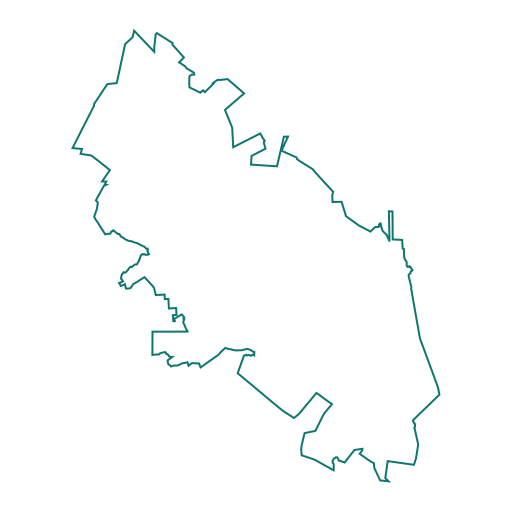 Santa Ana, Sonora, Mexico
{"feature_id": "50627088B25223131716378", "entity_name": "Santa Ana", "entity_type": "district", "adm_level": 2, "iso_a3": "MEX", "parent_name": "Mexico", "parent_adm1": "Sonora", "projection": "natural_earth1", "projection_center": [-111.087, 30.458], "detail": "fine", "context": "isolated", "style": "outline", "palette": "teal", "viewbox_px": 512, "rotation_deg": 0, "n_neighbors": 0, "source": "geoboundaries", "source_scale": "gbopen_adm2", "svg_char_len": 6038}
<svg xmlns="http://www.w3.org/2000/svg" viewBox="0 0 512 512"><path d="M416.0,458.4L418.2,444.5L415.2,431.0L415.0,430.2L414.8,429.3L414.8,429.2L414.5,429.0L414.5,428.5L414.3,427.8L414.4,427.6L414.7,427.4L414.9,427.0L415.0,426.7L414.9,426.1L415.0,425.5L415.0,425.3L414.9,425.2L415.0,424.9L414.9,424.8L414.9,424.4L415.0,424.1L414.6,423.9L414.2,423.5L414.3,423.1L413.8,422.5L413.7,422.1L413.3,421.5L413.0,420.8L413.1,420.4L413.0,420.2L439.4,394.7L438.0,387.4L420.7,340.4L419.8,337.7L411.1,288.3L411.4,287.4L408.7,276.3L408.6,275.1L408.7,274.9L409.2,274.2L409.6,273.9L410.5,273.2L410.6,271.9L410.9,271.5L411.2,271.2L412.2,270.5L412.5,270.0L411.5,268.8L411.0,268.1L410.8,267.8L410.6,267.1L410.1,267.2L409.3,266.2L408.3,266.9L408.0,267.0L407.8,267.0L406.9,266.1L406.7,265.2L406.6,264.0L406.7,262.7L406.7,262.1L406.5,261.7L406.1,261.0L405.6,260.3L405.1,259.7L404.7,258.8L404.6,258.0L404.1,256.9L403.9,249.0L402.7,248.7L402.1,239.9L392.7,239.4L392.5,211.5L388.9,211.3L389.5,241.5L388.9,239.9L388.7,239.3L388.8,239.1L388.8,238.9L388.2,238.6L387.9,238.2L387.8,237.1L387.5,236.7L387.2,236.4L387.2,236.2L387.2,235.7L387.0,235.2L386.5,234.9L385.8,233.8L385.2,233.5L384.1,232.5L383.3,231.5L382.8,231.0L382.5,230.6L381.7,228.2L380.6,223.4L379.9,223.7L379.1,224.4L378.9,225.0L378.9,225.5L379.2,226.5L378.6,226.9L377.9,227.0L375.6,227.0L374.6,227.5L371.4,230.6L370.9,231.2L370.5,231.6L358.9,225.5L346.0,216.2L341.6,201.8L332.5,202.0L332.3,194.8L333.2,191.8L331.9,190.5L315.1,172.2L312.9,169.3L299.0,160.6L297.0,159.1L296.6,157.5L281.5,150.7L288.0,136.6L283.9,136.7L277.0,166.3L251.0,164.6L251.6,155.9L265.5,148.7L263.8,142.6L264.0,141.7L264.2,141.2L264.7,140.9L263.2,138.6L262.6,137.9L261.5,135.6L260.3,133.8L260.2,133.5L233.2,147.2L232.2,127.7L225.0,109.9L244.1,93.4L227.6,79.1L219.7,80.0L218.6,79.8L217.5,79.9L212.9,83.1L213.5,83.6L204.9,92.2L204.7,92.2L203.3,90.3L200.5,92.1L200.7,92.3L200.3,92.7L197.4,91.3L195.6,90.3L193.4,89.3L189.5,87.4L189.2,83.7L189.4,76.4L191.3,74.7L194.3,74.6L193.9,72.7L186.5,68.3L185.3,66.4L179.1,62.4L183.9,57.5L172.4,44.6L172.6,43.1L156.8,33.1L155.7,34.3L154.3,46.7L154.2,51.8L134.1,30.7L132.6,37.2L125.1,44.2L116.9,82.4L116.6,83.1L107.3,84.1L94.1,104.0L94.0,105.8L75.8,141.6L72.6,148.1L82.0,149.0L80.6,153.8L91.5,155.6L100.8,162.8L109.9,170.1L102.1,181.4L106.3,181.6L104.8,184.5L106.2,184.8L103.9,185.8L95.9,200.4L97.8,202.4L97.4,205.8L96.8,209.2L95.0,214.2L94.2,217.0L96.0,220.1L97.9,222.7L100.6,227.1L105.3,234.4L106.4,234.1L107.7,233.8L109.2,233.8L110.3,233.7L111.3,231.5L111.5,231.4L112.2,231.4L112.5,231.2L113.2,230.3L117.1,233.3L117.7,234.0L118.2,234.0L118.6,234.0L119.1,234.0L119.6,234.4L120.0,234.9L120.5,236.0L121.1,236.7L122.6,237.4L125.6,239.5L126.9,240.0L127.3,240.3L128.2,240.7L129.3,241.0L131.9,241.3L132.2,241.6L132.7,241.7L134.3,242.3L138.3,243.6L138.5,243.9L140.5,244.9L143.3,246.3L144.2,246.6L145.5,247.8L145.9,248.4L146.7,248.9L147.1,248.8L147.6,248.7L147.6,249.1L147.7,249.3L147.8,249.5L147.9,250.2L147.7,250.5L147.4,250.8L148.3,253.1L148.7,253.5L148.9,253.9L148.9,254.3L148.4,254.5L146.9,254.9L146.3,254.7L145.0,254.7L144.9,254.4L143.5,254.2L143.1,254.5L142.3,254.1L141.6,254.6L140.8,255.6L140.1,257.5L139.8,258.5L139.2,259.8L139.4,260.0L139.3,260.3L138.6,261.4L138.1,262.0L137.0,264.3L136.5,264.5L136.1,264.5L135.7,264.4L135.2,264.4L134.9,264.6L134.0,265.2L133.6,265.4L133.2,265.8L132.7,266.1L132.4,266.4L132.3,266.7L132.1,266.9L131.8,267.1L130.5,266.7L128.8,268.6L128.1,269.7L127.7,270.2L127.0,270.8L126.3,271.9L125.9,272.1L124.9,272.6L124.6,272.6L124.1,272.5L123.7,272.2L122.8,273.3L122.7,273.7L122.3,273.9L121.8,274.8L121.3,276.2L121.3,277.5L121.3,277.8L120.9,278.4L120.9,278.7L121.3,279.0L122.6,280.6L123.1,281.3L121.7,282.1L119.1,283.0L120.9,286.0L121.5,285.7L122.4,285.4L123.7,284.9L124.8,284.1L126.0,288.6L128.5,288.5L130.3,288.2L130.7,287.9L131.4,287.0L131.8,286.2L132.2,285.7L132.4,285.3L132.9,284.4L133.6,283.9L135.9,282.6L138.3,281.2L138.5,280.9L144.5,277.2L151.5,284.7L154.0,287.8L155.8,295.1L157.5,294.9L161.1,294.8L164.6,294.6L164.8,299.1L168.4,298.9L168.9,308.5L176.1,308.0L176.5,314.9L172.9,315.2L173.3,321.1L173.9,321.1L174.4,321.3L174.9,321.1L174.0,319.0L181.8,314.4L184.2,317.3L184.0,317.5L183.8,317.4L183.6,317.5L183.5,318.3L183.6,318.5L183.6,319.0L184.3,319.3L183.8,320.3L183.7,320.8L183.4,321.3L183.2,321.9L183.3,322.5L183.7,323.4L184.4,324.9L186.3,329.4L187.6,331.3L187.6,331.6L152.5,331.7L152.4,355.0L153.7,354.7L159.2,354.4L159.9,353.4L163.5,352.3L165.6,352.2L166.0,352.8L166.4,353.6L166.3,353.8L166.3,354.0L166.5,354.1L167.4,354.2L167.7,354.3L169.1,356.4L169.3,356.4L169.5,356.3L169.9,356.7L170.1,356.8L172.2,357.0L171.9,357.2L167.6,360.4L168.2,364.1L170.0,365.3L171.1,366.5L173.3,365.7L174.3,365.5L176.6,365.6L178.2,365.2L180.0,364.5L181.5,363.5L184.6,363.0L187.5,362.3L188.6,365.8L191.4,363.4L192.4,363.1L197.1,363.4L198.7,363.3L199.2,363.5L199.3,364.1L200.0,366.0L200.6,367.4L219.1,354.3L220.1,352.7L225.3,347.9L227.9,348.9L228.2,348.8L229.9,349.2L230.5,349.2L232.6,349.8L235.7,350.4L240.7,350.3L241.5,350.2L242.3,350.1L246.2,349.1L247.3,348.9L248.7,349.3L250.5,349.9L252.0,351.0L253.0,351.6L254.3,352.0L254.2,355.3L253.6,354.9L252.8,354.6L252.2,355.0L251.1,355.6L250.5,355.8L250.2,355.7L249.8,355.2L248.8,355.0L247.2,355.5L246.3,355.2L246.2,354.9L245.8,354.8L244.3,355.7L243.9,355.7L237.7,373.2L273.2,402.9L282.8,410.8L294.0,418.0L299.0,413.9L316.4,393.0L319.1,394.7L323.2,397.9L327.4,400.9L332.0,404.1L323.8,413.9L315.4,430.9L304.6,433.1L301.5,446.0L301.2,450.2L301.7,455.3L314.5,459.6L333.6,470.3L333.7,469.1L333.8,467.5L333.7,465.5L333.6,464.7L333.6,463.8L333.5,463.6L332.7,462.9L332.5,462.3L332.5,461.7L332.6,461.2L332.8,460.9L333.2,459.7L334.1,458.5L334.7,458.1L335.2,457.9L335.9,457.5L336.0,457.3L336.6,457.4L337.0,457.5L337.3,457.4L338.8,460.2L338.8,460.5L339.0,460.8L339.7,460.7L340.7,460.9L341.2,461.3L342.5,461.8L343.2,461.9L344.7,462.5L354.4,450.0L362.4,448.8L362.3,450.3L359.7,453.8L368.9,460.3L370.4,461.3L373.9,463.2L374.3,468.0L380.2,480.4L388.5,481.3L385.3,478.1L387.7,461.1L413.9,464.8L416.0,458.4Z" fill="none" stroke="#0f766e" stroke-width="2"/></svg>